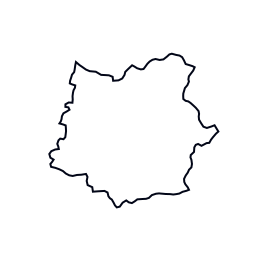 Monte Azul Paulista, São Paulo, Brazil, rotated 65°
{"feature_id": "56859067B11671579354864", "entity_name": "Monte Azul Paulista", "entity_type": "district", "adm_level": 2, "iso_a3": "BRA", "parent_name": "Brazil", "parent_adm1": "São Paulo", "projection": "albers", "projection_center": [-48.686, -20.912], "detail": "fine", "context": "isolated", "style": "outline", "palette": "ink", "viewbox_px": 256, "rotation_deg": 65, "n_neighbors": 0, "source": "geoboundaries", "source_scale": "gbopen_adm2", "svg_char_len": 2185}
<svg xmlns="http://www.w3.org/2000/svg" viewBox="0 0 256 256"><g transform="rotate(65 128 128)"><path d="M170.3,50.6L169.4,47.6L162.1,48.4L161.9,51.6L161.3,56.5L158.7,59.1L154.6,59.7L150.5,60.1L147.4,59.0L145.2,57.6L142.5,56.9L138.3,58.0L135.3,59.2L131.8,60.7L129.4,62.1L127.7,64.3L125.1,65.6L122.2,64.4L120.1,63.3L118.2,61.6L115.9,59.6L114.3,56.1L111.7,53.2L109.4,52.7L106.9,51.0L105.6,48.6L103.5,44.6L101.1,41.9L99.2,43.4L96.7,46.1L94.4,48.7L90.3,48.7L86.7,49.0L84.1,50.7L82.1,53.5L79.2,56.9L78.8,59.4L79.8,62.6L80.8,66.9L79.7,70.6L77.1,73.9L76.5,77.0L76.9,80.3L78.0,83.3L79.9,86.7L81.1,89.0L80.3,91.6L77.7,94.5L75.0,96.2L72.9,97.8L74.7,103.2L76.0,106.8L78.4,108.7L80.7,112.3L80.8,116.5L78.9,121.5L75.1,120.3L72.2,123.0L70.4,126.3L68.5,129.9L63.4,133.4L61.7,136.3L60.3,138.7L57.3,141.4L53.1,143.8L50.4,145.4L46.2,147.3L49.2,149.5L52.7,151.8L54.6,153.2L56.0,156.2L58.4,158.3L60.7,160.5L63.0,161.9L64.8,160.3L67.1,157.8L69.1,159.1L70.8,161.4L72.7,162.9L75.7,164.8L78.9,166.1L81.6,167.7L79.8,171.0L80.1,174.7L82.4,175.8L84.1,173.3L86.7,173.3L87.1,176.3L87.4,180.3L89.4,182.9L91.9,184.5L93.6,186.1L94.9,188.2L97.2,185.5L99.3,183.4L101.5,184.2L104.7,185.5L107.3,187.1L109.8,188.7L110.9,191.2L109.0,193.9L109.8,196.2L112.5,198.8L115.3,199.0L117.8,199.6L116.7,203.1L116.6,207.3L118.3,210.3L122.1,210.9L125.2,208.8L126.6,211.0L127.8,213.6L130.7,214.1L133.4,210.7L136.5,207.6L139.6,205.1L143.0,203.6L146.0,201.3L148.1,198.4L149.0,194.1L150.6,190.1L151.9,185.5L155.2,185.4L158.5,187.8L162.7,188.7L166.5,185.4L170.9,186.7L172.6,182.2L174.1,178.4L175.1,175.9L177.8,173.8L181.6,174.6L184.0,174.1L186.0,172.9L189.5,172.6L192.6,172.5L195.2,171.7L195.8,168.7L193.4,164.4L192.9,160.2L195.7,158.7L197.7,156.2L197.3,152.9L196.6,149.7L198.5,144.8L199.8,141.6L200.2,138.6L198.9,134.7L199.4,130.4L200.4,127.5L203.7,121.8L205.8,117.6L207.4,115.1L208.3,112.3L209.1,109.2L208.9,105.5L209.6,101.6L209.8,98.9L207.1,98.9L203.2,99.8L200.7,99.8L197.8,98.7L195.4,95.7L193.7,92.7L191.6,90.3L190.5,87.2L187.6,85.2L183.7,84.0L181.0,83.8L179.0,82.5L177.6,78.3L173.6,76.1L171.9,73.7L172.1,71.2L175.2,68.9L174.9,63.2L175.8,60.6L173.7,57.7L172.3,55.0L170.3,50.6Z" fill="none" stroke="#020617" stroke-width="2"/></g></svg>